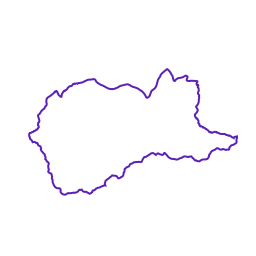 Chiscas, Boyacá, Colombia, rotated 242°
{"feature_id": "7082276B27697411735501", "entity_name": "Chiscas", "entity_type": "district", "adm_level": 2, "iso_a3": "COL", "parent_name": "Colombia", "parent_adm1": "Boyacá", "projection": "orthographic", "projection_center": [-72.39, 6.674], "detail": "fine", "context": "isolated", "style": "outline", "palette": "violet", "viewbox_px": 256, "rotation_deg": 242, "n_neighbors": 0, "source": "geoboundaries", "source_scale": "gbopen_adm2", "svg_char_len": 5748}
<svg xmlns="http://www.w3.org/2000/svg" viewBox="0 0 256 256"><g transform="rotate(242 128 128)"><path d="M99.0,40.5L98.5,41.7L98.7,43.9L98.6,44.6L98.1,45.2L97.2,47.2L96.5,49.6L96.1,49.9L95.6,51.2L95.3,52.8L95.4,53.6L96.2,56.0L96.2,56.3L95.5,57.2L95.4,58.2L94.1,58.3L93.2,58.6L92.8,58.9L92.0,59.6L91.3,61.1L88.0,63.2L87.8,64.9L88.1,65.6L88.1,66.2L88.8,66.9L89.4,67.4L89.4,67.6L89.0,68.2L88.9,69.5L89.3,70.9L89.5,71.3L89.4,72.0L89.4,73.3L88.7,75.3L88.9,76.5L88.5,79.5L88.3,80.3L87.9,80.9L88.3,80.9L88.6,81.2L89.1,81.1L89.7,81.3L91.9,83.4L92.5,86.3L92.5,87.6L93.0,89.0L93.0,89.7L93.2,90.8L93.6,91.7L91.2,95.1L90.4,95.5L89.4,95.5L88.3,95.7L87.8,96.4L87.7,97.6L87.9,98.9L87.8,100.2L88.2,101.2L88.6,101.7L89.5,102.5L90.6,103.2L91.0,104.2L91.4,104.5L93.4,105.9L93.4,106.7L94.0,108.3L93.8,108.9L93.7,110.9L94.0,111.5L94.9,112.5L95.1,113.0L95.0,113.9L94.7,115.0L95.0,116.8L93.9,119.8L93.5,120.4L92.9,122.0L91.9,123.3L91.8,123.8L91.8,124.1L92.5,125.2L93.6,126.5L94.7,128.8L94.1,130.2L94.5,135.1L94.7,135.9L94.6,137.0L94.3,138.0L93.8,138.6L93.0,139.1L91.1,140.0L91.4,140.8L91.6,141.9L91.5,142.6L91.3,142.9L90.1,143.6L88.0,145.7L88.0,146.7L88.8,147.9L88.9,148.3L88.7,148.7L85.7,149.6L83.8,149.9L82.1,150.6L80.2,152.1L79.1,154.0L77.5,155.8L77.1,156.5L76.9,157.3L76.9,159.7L76.5,161.2L76.6,164.1L76.4,164.6L75.9,165.4L74.0,167.6L73.8,168.5L73.9,168.8L73.2,170.6L71.1,171.0L70.5,171.4L68.6,171.8L67.7,172.1L67.5,172.9L66.6,173.3L65.6,174.5L65.0,175.6L65.3,176.9L65.2,178.7L64.8,180.0L63.8,181.9L63.6,182.6L63.5,183.3L63.6,184.0L64.1,185.1L65.3,186.5L66.3,187.1L66.8,188.6L67.9,190.1L68.2,191.3L68.2,192.7L68.0,195.1L68.3,196.0L68.4,197.2L67.3,198.3L66.8,198.5L66.1,198.9L65.2,200.0L64.9,200.6L64.9,202.0L62.7,204.1L62.5,205.2L61.8,206.3L61.6,207.1L61.8,207.5L62.6,207.9L63.1,208.3L63.3,208.7L64.0,210.5L64.1,211.5L63.7,213.5L63.9,216.0L64.1,216.7L64.8,217.4L66.0,217.9L67.3,218.7L68.4,219.8L69.4,220.3L70.0,218.3L70.1,217.5L69.5,216.8L69.9,216.7L70.3,216.0L71.4,215.3L72.1,215.1L72.2,214.9L73.6,214.3L73.7,213.5L73.8,213.3L74.5,212.8L75.1,212.6L75.4,211.8L75.9,211.6L76.3,211.1L77.0,210.9L77.4,210.5L77.6,210.0L78.3,208.6L79.9,206.3L80.7,205.9L81.0,205.5L81.5,205.3L82.4,204.1L82.6,204.1L83.0,204.2L83.4,203.5L83.9,202.8L84.3,200.0L84.9,199.2L85.0,199.2L85.2,199.5L85.3,199.4L85.8,198.8L85.9,198.2L86.2,197.9L87.0,197.9L88.2,197.6L89.4,197.0L89.8,196.9L90.0,196.7L90.4,196.6L90.5,196.3L92.3,195.6L92.9,194.9L93.4,194.8L93.4,194.4L93.8,194.4L95.3,193.3L95.3,192.8L95.5,192.6L96.3,192.4L96.9,192.6L97.2,192.4L97.8,192.8L98.4,192.8L99.2,192.4L99.7,192.6L101.0,193.5L101.4,193.6L103.7,193.5L104.2,193.3L104.3,192.8L105.4,192.9L106.3,192.6L108.0,193.0L108.4,193.4L108.8,194.1L108.9,194.7L109.5,196.2L110.6,197.7L111.4,198.1L112.1,198.2L112.8,198.0L114.9,198.1L116.0,200.6L117.1,202.0L118.2,203.0L119.7,203.7L121.4,205.2L122.5,205.4L123.2,206.1L123.7,206.2L124.1,206.2L125.1,205.9L125.9,206.1L126.4,206.4L127.8,208.1L128.3,208.2L130.0,209.0L131.3,208.7L131.7,209.0L132.5,210.0L132.8,210.1L133.2,210.1L133.5,209.3L133.8,209.0L134.5,209.1L135.4,209.7L136.2,211.0L136.7,211.2L137.1,210.8L139.2,207.5L140.3,205.5L140.8,203.9L141.8,202.6L142.1,202.4L142.9,202.3L143.8,203.1L144.7,204.3L145.3,204.6L146.4,204.3L147.1,203.7L147.2,203.0L147.1,200.5L147.3,199.1L148.5,195.4L148.3,193.4L147.9,192.1L147.5,191.4L147.8,191.0L148.6,190.7L151.1,191.1L151.4,191.3L152.4,191.6L153.6,191.7L154.4,191.5L156.8,191.5L158.0,191.4L160.7,190.7L161.4,190.4L161.6,190.2L161.4,188.7L160.4,184.0L159.6,181.9L159.1,181.4L158.1,180.1L157.9,179.5L156.4,177.0L152.3,173.2L150.8,171.2L150.3,169.8L149.8,166.6L149.5,165.9L146.2,162.1L145.7,160.7L145.6,160.1L145.7,159.1L146.0,158.7L146.5,158.5L149.3,158.6L151.8,158.2L153.3,157.8L154.7,157.1L156.4,156.1L157.8,155.5L159.0,154.6L160.8,153.0L161.8,151.9L163.5,150.5L164.1,150.3L166.4,148.7L167.2,147.3L168.7,141.2L168.8,140.1L168.6,138.4L168.7,137.2L169.0,134.1L169.6,132.6L170.8,130.6L172.3,129.0L177.7,125.4L178.3,124.7L180.2,123.4L182.4,122.2L183.4,121.9L184.0,121.7L185.6,121.8L186.3,121.6L187.2,120.8L188.3,117.7L188.8,116.8L189.4,115.0L189.5,113.3L189.6,112.5L189.6,109.5L190.3,106.9L191.0,105.2L191.0,104.7L190.8,104.2L191.2,104.0L191.6,103.3L191.8,102.4L191.8,101.9L192.2,101.6L192.1,101.3L192.6,100.5L192.5,100.0L191.9,98.8L191.7,98.2L191.8,97.8L191.7,97.2L192.2,96.6L192.1,95.0L191.6,93.4L191.3,92.9L190.9,92.6L190.7,92.0L190.7,90.9L190.8,90.3L190.3,89.7L190.4,89.2L190.8,88.9L190.6,88.4L189.4,86.2L188.4,85.1L186.8,83.8L187.2,83.3L189.4,82.4L190.2,82.2L191.4,82.4L192.0,82.3L193.3,82.6L194.0,82.3L194.3,82.1L194.0,80.7L194.4,80.6L193.7,78.8L193.2,76.6L192.8,74.3L192.7,72.2L192.2,70.1L190.1,68.5L189.5,68.2L187.8,67.7L186.9,67.2L186.3,66.6L185.9,65.7L185.9,65.1L185.4,64.7L184.5,63.3L184.1,60.9L183.5,59.2L181.9,56.5L181.8,55.3L181.6,54.8L180.9,54.2L177.7,53.6L175.8,53.1L174.9,52.0L174.8,51.2L173.6,50.5L173.2,50.0L171.5,49.9L170.7,49.7L170.5,49.1L169.9,48.4L169.3,46.8L169.6,46.0L169.3,45.5L169.2,44.3L169.5,43.4L169.1,42.9L169.1,42.4L169.4,41.6L169.3,39.8L169.7,38.9L169.5,38.4L169.0,37.9L167.4,37.0L165.4,36.9L164.6,36.5L164.0,36.5L162.8,37.1L161.4,37.2L160.2,37.1L159.7,38.7L159.2,39.4L157.8,39.9L157.4,40.8L156.8,40.9L156.3,40.7L155.8,40.8L155.0,40.6L154.2,41.0L153.6,41.7L152.1,42.0L151.3,41.7L150.8,41.7L150.6,41.3L150.1,41.0L148.8,40.8L145.4,41.5L143.9,42.1L142.4,41.5L141.4,41.6L140.7,41.4L139.3,40.3L138.3,40.7L136.1,40.8L134.9,41.6L133.7,41.4L132.6,40.2L131.7,39.6L130.1,38.9L128.5,38.6L127.8,38.0L127.3,37.3L126.7,37.0L125.6,37.4L124.5,38.1L124.1,38.6L123.3,38.8L120.6,38.1L119.3,37.1L118.7,37.0L118.2,37.1L117.6,37.1L115.5,36.0L112.0,35.7L109.9,36.0L109.1,36.4L108.4,36.9L107.5,38.0L107.3,38.7L106.4,39.6L105.2,39.6L103.3,38.5L102.3,38.5L101.4,38.7L99.7,39.7L99.0,40.5Z" fill="none" stroke="#5b21b6" stroke-width="2"/></g></svg>